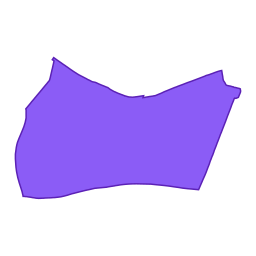 outline of Papendrecht, Zuid-Holland, Netherlands
{"feature_id": "6326949B523319393128", "entity_name": "Papendrecht", "entity_type": "district", "adm_level": 2, "iso_a3": "NLD", "parent_name": "Netherlands", "parent_adm1": "Zuid-Holland", "projection": "mercator", "projection_center": [4.707, 51.835], "detail": "fine", "context": "isolated", "style": "filled", "palette": "violet", "viewbox_px": 256, "rotation_deg": 0, "n_neighbors": 0, "source": "geoboundaries", "source_scale": "gbopen_adm2", "svg_char_len": 4836}
<svg xmlns="http://www.w3.org/2000/svg" viewBox="0 0 256 256"><path d="M25.8,108.9L26.1,110.0L26.1,113.4L26.1,113.6L26.1,118.0L25.2,122.4L23.9,126.6L22.1,131.1L18.8,138.9L18.0,141.0L17.5,142.3L17.1,143.8L16.9,144.5L16.3,147.4L15.7,152.0L15.5,153.2L15.4,154.4L15.4,155.4L15.4,156.5L15.4,157.5L15.4,158.9L15.5,160.4L15.7,163.2L15.8,164.8L16.0,167.4L16.1,168.2L16.2,168.7L16.3,169.8L16.6,171.8L17.1,174.3L17.5,176.2L17.7,177.3L18.1,178.7L18.9,181.5L19.2,182.7L19.3,182.9L19.5,183.6L20.7,187.3L22.0,191.4L23.1,196.1L23.1,196.4L23.7,196.4L24.2,196.4L24.9,196.5L25.6,196.6L26.5,196.6L27.2,196.7L28.1,196.9L28.9,197.0L29.7,197.1L30.6,197.2L31.5,197.4L32.5,197.6L33.3,197.7L34.3,197.8L35.1,198.0L35.9,198.1L36.4,198.2L37.1,198.2L37.8,198.3L38.3,198.3L38.8,198.4L39.5,198.3L40.2,198.3L40.6,198.3L41.9,198.2L42.6,198.2L43.3,198.2L44.2,198.1L45.4,198.0L47.7,197.9L50.6,197.8L52.0,197.7L53.0,197.6L54.0,197.6L55.2,197.5L57.8,197.2L59.4,197.0L60.2,196.9L60.9,196.8L62.2,196.5L64.0,196.1L65.9,195.6L67.0,195.3L67.8,195.1L69.2,194.6L70.6,194.2L72.1,193.7L72.7,193.6L79.7,191.8L85.8,190.3L88.1,189.8L88.3,189.8L94.8,188.3L97.8,188.0L101.1,187.7L104.3,187.4L106.5,187.2L108.4,186.8L114.8,185.8L114.9,185.7L117.2,185.4L120.1,184.9L121.6,184.7L124.3,184.4L126.5,184.2L127.7,184.1L131.4,183.9L136.4,183.8L149.5,184.1L150.8,184.1L151.6,184.2L152.3,184.3L156.1,184.7L160.4,185.1L165.1,185.6L169.3,186.1L173.9,186.8L179.0,187.5L182.5,188.1L187.8,188.7L191.4,189.0L198.6,189.7L200.1,186.2L202.4,180.9L202.8,179.9L204.7,175.7L206.2,172.1L207.3,169.1L207.5,168.6L208.2,166.7L208.3,166.6L208.7,165.5L209.0,164.8L209.2,164.2L209.4,163.8L209.5,163.4L209.5,163.2L209.7,162.7L210.3,160.9L210.4,160.7L211.1,159.0L211.2,158.8L211.3,158.5L211.7,157.3L212.0,156.6L212.1,156.4L212.3,155.8L212.5,155.5L212.6,155.3L213.7,152.3L213.9,151.7L214.4,150.1L215.2,148.2L216.1,145.9L217.1,143.1L217.8,141.4L218.0,140.9L218.4,139.8L218.8,138.9L219.0,138.2L219.7,136.4L219.8,136.1L220.0,135.6L220.1,135.4L220.1,135.2L221.0,133.0L221.1,132.9L221.4,132.2L221.6,131.6L221.9,130.7L222.0,130.5L222.2,130.1L222.3,129.7L222.9,128.2L223.4,126.9L223.8,125.9L225.0,122.8L225.1,122.5L225.3,122.1L226.4,119.1L227.1,117.2L227.3,116.6L228.0,114.8L228.4,113.9L228.4,113.7L228.6,113.3L230.8,107.6L231.7,105.0L232.3,103.5L233.4,100.9L234.3,98.4L234.5,98.2L235.0,98.3L235.3,98.3L235.7,98.3L236.0,98.3L236.6,98.1L237.6,97.7L237.9,97.6L238.4,97.3L240.4,92.4L240.6,91.4L240.6,90.7L240.3,89.3L240.3,88.9L239.2,88.4L238.7,88.3L238.0,88.2L235.6,87.5L234.9,87.5L234.5,87.4L234.0,87.3L233.5,86.9L232.4,86.7L230.4,86.1L228.7,85.8L226.6,85.3L226.2,85.0L225.9,84.7L225.6,84.3L225.5,83.9L225.4,83.7L224.8,82.6L223.5,80.7L223.4,80.4L223.2,79.7L223.1,79.4L222.8,77.3L222.7,76.4L222.5,75.4L222.5,75.1L222.3,74.4L222.0,72.3L221.7,70.5L221.3,70.6L221.1,70.6L220.9,70.7L220.7,70.7L220.1,70.8L219.8,70.9L219.6,71.0L219.3,71.1L218.9,71.2L218.3,71.3L217.8,71.5L216.3,72.0L214.1,72.8L213.6,73.0L213.3,73.2L212.5,73.4L211.8,73.7L211.5,73.8L210.8,74.0L210.1,74.3L209.8,74.4L209.4,74.6L209.1,74.7L208.9,74.7L208.7,74.8L208.3,74.9L206.9,75.3L206.4,75.4L205.7,75.7L205.1,76.0L204.7,76.2L204.2,76.4L203.6,76.6L202.6,77.0L202.1,77.2L192.1,81.0L187.3,82.7L182.7,84.5L177.8,86.3L176.7,86.8L175.8,87.1L175.2,87.3L174.4,87.6L172.7,88.3L171.0,89.0L170.5,89.2L170.0,89.4L166.9,90.7L165.8,91.1L165.1,91.4L163.9,91.9L162.7,92.5L162.3,92.7L161.2,93.2L160.1,93.7L159.7,93.8L156.6,95.1L156.3,95.2L155.8,95.5L155.3,95.6L154.9,95.7L153.6,95.9L152.8,96.1L149.0,96.6L148.7,96.7L147.5,96.9L145.6,97.2L144.9,97.4L143.1,97.6L143.2,97.4L143.2,97.2L143.5,96.3L143.5,96.0L143.6,95.7L136.9,96.7L136.1,96.8L135.3,96.9L135.2,96.9L134.0,97.1L133.3,97.1L133.0,97.2L132.4,97.2L131.1,97.1L129.6,97.0L129.2,97.0L127.8,96.7L127.5,96.6L126.5,96.3L125.3,96.0L125.1,96.0L125.1,95.9L124.2,95.6L123.6,95.4L122.2,94.8L121.5,94.6L120.0,94.0L118.1,93.3L115.0,91.9L114.9,91.8L114.4,91.7L112.4,90.6L110.1,89.3L107.9,87.6L106.0,86.9L103.9,86.0L102.3,85.4L98.5,83.8L97.7,83.4L96.2,82.7L95.9,82.6L95.7,82.5L95.4,82.4L95.1,82.3L92.6,81.8L92.2,81.7L91.2,81.2L89.7,80.4L88.7,79.9L87.9,79.6L86.4,78.7L84.8,77.9L84.4,77.7L83.1,77.0L81.5,76.2L80.2,75.5L78.8,74.8L78.5,74.6L77.0,73.7L76.0,73.0L75.3,72.6L74.4,72.0L73.9,71.7L71.4,70.0L70.1,69.1L68.7,68.1L66.9,66.8L65.8,66.1L65.5,65.8L64.1,64.9L61.9,63.4L61.7,63.2L57.9,60.6L56.5,59.6L53.7,57.6L52.3,59.7L54.0,60.8L54.0,61.1L53.8,61.8L53.6,62.9L53.6,63.0L53.2,64.7L53.1,65.2L52.9,66.0L52.3,68.8L51.9,70.2L51.9,70.4L51.7,71.2L50.8,75.1L50.5,76.4L50.5,76.5L50.2,77.8L50.0,78.4L49.9,78.9L49.7,79.6L49.6,79.8L49.4,80.5L48.9,81.1L47.7,82.5L47.1,83.3L46.7,83.8L45.9,84.7L45.4,85.3L42.5,88.8L42.3,89.0L42.1,89.4L41.1,90.5L40.6,91.1L40.2,91.6L37.0,95.4L36.1,96.5L35.6,97.1L34.8,98.0L34.5,98.4L34.1,98.9L33.0,100.2L32.5,100.8L31.5,101.9L31.1,102.5L30.2,103.6L29.7,104.2L25.8,108.9Z" fill="#8b5cf6" stroke="#5b21b6" stroke-width="1.5"/></svg>